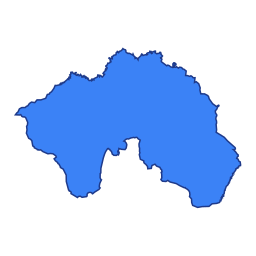 Suhum Municipal, Eastern, Ghana
{"feature_id": "2480657B2570339807900", "entity_name": "Suhum Municipal", "entity_type": "district", "adm_level": 2, "iso_a3": "GHA", "parent_name": "Ghana", "parent_adm1": "Eastern", "projection": "natural_earth1", "projection_center": [-0.399, 6.043], "detail": "fine", "context": "isolated", "style": "filled", "palette": "blue", "viewbox_px": 256, "rotation_deg": 0, "n_neighbors": 0, "source": "geoboundaries", "source_scale": "gbopen_adm2", "svg_char_len": 5722}
<svg xmlns="http://www.w3.org/2000/svg" viewBox="0 0 256 256"><path d="M159.9,52.3L159.1,53.4L157.3,53.5L156.9,53.8L155.1,52.7L155.5,51.2L155.2,51.0L152.1,52.1L151.5,52.9L152.0,53.4L151.6,53.6L151.2,53.2L151.1,51.5L149.8,51.3L149.8,52.5L147.9,52.8L146.7,53.5L146.9,54.4L147.3,54.6L146.9,54.9L145.4,54.7L143.0,55.5L142.5,54.4L141.7,54.1L141.6,54.9L141.2,54.9L141.1,55.5L138.1,58.4L138.0,59.7L136.7,57.9L135.9,58.1L135.7,57.7L135.1,58.3L134.7,56.6L133.9,56.1L133.0,54.0L132.6,55.0L129.8,53.5L128.9,53.2L128.1,53.5L126.2,52.4L125.8,51.3L125.8,50.3L125.4,49.8L123.5,49.2L122.9,48.6L121.9,50.0L120.7,51.0L119.7,51.2L118.6,52.6L117.7,51.4L117.4,51.4L117.3,52.2L116.9,52.1L116.2,52.7L116.0,54.7L113.7,55.3L113.4,55.9L111.9,56.6L111.8,57.1L112.3,57.6L112.3,58.8L111.2,58.5L110.4,58.9L110.0,58.1L109.2,57.8L108.9,58.2L110.3,59.6L110.5,60.4L110.1,61.0L110.4,61.6L110.8,61.1L111.0,61.8L109.6,62.8L108.6,63.3L107.9,63.1L107.1,65.0L106.0,65.7L105.8,66.2L106.1,66.9L107.0,67.4L106.9,68.8L106.4,69.2L105.6,68.9L105.4,69.6L105.8,70.6L104.8,71.1L103.0,73.4L103.5,74.0L104.5,74.3L102.5,77.0L102.0,76.9L100.8,75.6L100.0,75.5L99.5,76.7L99.2,76.2L99.6,75.3L97.8,75.0L97.4,77.0L94.0,78.6L93.9,79.9L92.6,79.1L91.8,79.1L91.6,80.1L92.1,80.4L91.6,80.9L90.3,80.2L89.2,80.6L87.7,79.1L88.2,78.7L87.9,78.1L87.3,78.0L85.9,76.8L85.8,77.5L86.4,78.0L85.7,78.3L84.0,75.6L83.2,76.2L83.4,76.9L82.0,77.1L82.0,76.1L81.6,76.1L80.7,74.6L80.4,75.3L79.3,75.7L79.3,75.1L78.3,74.5L77.8,75.0L77.6,74.5L76.6,75.3L75.6,74.6L76.1,72.6L75.6,72.6L75.0,73.6L74.8,73.3L74.4,73.9L73.3,73.5L72.7,72.5L71.8,72.7L71.9,72.2L71.1,72.3L71.2,72.7L70.8,72.7L70.8,74.1L69.8,74.9L70.2,75.5L70.1,76.0L70.6,76.2L70.2,77.2L70.8,77.3L70.4,77.4L70.4,77.9L70.0,77.8L69.8,77.1L69.6,77.5L69.0,77.2L68.6,78.1L69.2,78.1L69.0,78.6L68.5,78.7L68.9,79.0L68.8,79.5L67.9,79.0L64.4,82.0L64.4,82.4L63.7,82.3L63.3,82.9L62.6,83.1L62.2,82.7L61.7,83.4L60.6,83.2L60.1,83.9L60.4,84.3L59.9,84.6L60.2,84.7L56.5,85.5L55.2,85.4L53.9,88.4L51.5,91.8L49.9,92.8L49.4,94.0L47.3,94.5L45.7,98.3L40.9,99.9L37.0,99.9L34.8,102.6L31.5,102.1L29.4,103.5L27.8,105.8L26.3,106.4L25.3,107.5L21.7,107.6L19.4,108.9L17.9,112.1L16.9,112.8L15.4,114.8L19.7,115.0L20.7,114.6L21.9,116.4L23.0,116.9L24.6,116.9L25.7,117.7L27.7,122.4L27.4,125.1L26.6,126.3L27.0,129.8L26.4,133.2L28.7,138.3L30.4,139.2L31.8,140.6L32.7,145.6L33.0,146.2L34.0,146.6L34.3,147.8L37.1,149.2L37.4,149.8L38.5,149.7L38.9,150.1L40.6,149.8L42.9,151.6L47.9,153.8L50.3,153.5L53.0,153.8L55.8,155.8L56.3,157.1L54.1,158.8L55.4,160.8L57.7,162.6L57.9,163.5L59.3,164.4L59.6,165.6L60.4,166.5L60.4,167.5L63.2,169.1L66.2,175.1L66.3,181.5L68.6,190.1L69.3,190.5L69.3,191.0L70.6,191.5L71.2,192.5L71.0,193.6L77.5,197.5L78.4,196.5L79.4,196.3L80.5,196.3L82.0,197.3L86.6,196.6L87.1,195.9L87.1,194.2L87.8,193.1L89.1,192.4L90.5,192.4L91.6,192.7L92.4,193.8L92.9,193.6L94.5,192.2L99.0,189.4L100.1,187.9L99.3,187.1L99.4,185.4L99.8,183.4L101.4,179.9L101.0,179.8L100.1,177.7L100.2,173.5L100.8,173.0L100.9,168.3L103.3,158.0L104.6,154.0L105.6,151.7L107.6,148.6L108.6,148.5L108.9,149.2L109.9,149.5L110.2,150.5L111.4,151.3L112.4,154.3L113.4,154.8L113.8,155.3L116.5,155.4L117.8,154.3L118.5,154.8L119.2,152.9L119.1,152.4L118.8,151.8L118.0,152.2L117.7,151.3L118.9,149.6L118.9,148.5L121.4,149.3L125.0,149.6L126.2,148.0L126.8,144.8L126.3,143.2L125.0,141.5L123.9,141.1L125.8,139.4L127.2,138.8L128.6,139.0L130.7,138.0L133.8,137.4L134.8,137.8L136.1,137.3L137.1,137.5L138.1,138.8L140.2,140.1L139.0,143.9L139.1,146.4L139.6,148.3L139.5,151.5L139.9,152.7L139.3,154.6L140.4,159.3L143.8,160.9L143.8,162.1L144.3,163.2L145.7,164.2L147.5,166.4L147.8,168.8L151.3,168.4L151.9,165.5L155.0,164.2L156.6,166.1L160.0,167.4L160.6,169.0L161.5,169.5L162.0,171.9L161.2,172.4L161.7,174.0L161.8,177.9L160.9,179.6L162.4,181.2L165.9,181.5L167.8,180.4L170.1,182.0L176.3,183.6L179.5,185.5L184.4,187.8L185.2,187.6L185.8,188.4L187.4,189.3L188.8,190.7L189.6,192.2L189.9,194.8L189.5,196.6L191.5,198.9L191.7,202.6L192.7,205.4L197.6,207.4L202.2,206.6L209.0,206.4L212.1,203.8L216.6,203.4L219.4,202.5L219.9,201.8L220.2,200.4L220.9,200.7L221.2,199.6L221.5,199.3L221.2,198.2L221.6,198.3L221.7,197.8L222.3,197.8L221.9,196.5L223.1,196.4L222.9,195.3L223.6,195.5L223.3,194.6L224.1,193.8L224.6,190.4L225.2,190.1L225.1,189.5L226.3,186.3L227.7,185.1L228.4,183.9L228.5,183.2L228.9,183.2L228.9,182.4L229.6,181.9L229.5,181.2L230.1,180.4L229.9,180.0L230.9,178.8L230.4,178.3L230.5,177.8L231.5,178.1L231.5,177.3L231.9,176.6L231.6,176.5L232.9,175.4L232.6,173.5L233.6,173.6L233.4,173.2L235.6,170.3L235.7,169.0L236.4,168.9L236.8,168.2L237.8,168.1L237.7,167.5L238.7,167.0L238.6,166.5L239.2,165.8L240.5,165.6L240.6,164.8L240.2,161.9L238.9,161.2L238.0,159.1L236.7,158.4L237.4,156.8L238.2,156.2L238.1,154.8L237.1,154.0L235.3,151.4L234.7,151.1L234.4,150.4L233.4,149.6L234.6,149.6L235.1,149.2L235.4,148.9L235.1,147.6L227.4,140.8L224.3,137.3L216.2,132.3L216.6,129.8L216.1,124.2L216.6,123.1L216.5,121.0L215.8,119.0L216.1,116.9L216.8,115.8L216.6,114.5L215.6,113.2L215.3,110.9L216.7,109.3L217.8,106.6L218.7,106.2L218.9,105.4L218.4,105.2L216.7,106.4L216.2,106.3L212.6,103.7L209.2,98.9L208.5,96.5L207.7,95.5L204.6,93.9L200.8,93.8L199.9,89.9L200.2,87.9L198.7,83.7L196.2,81.7L194.5,82.5L195.0,77.7L193.2,77.8L192.3,76.7L190.9,75.8L189.8,76.4L187.5,75.6L185.6,75.5L186.2,71.0L183.9,69.2L182.6,68.9L181.8,67.7L181.1,67.4L179.6,67.2L178.4,68.1L176.4,66.7L175.6,67.3L174.3,66.6L174.1,66.0L174.4,65.5L175.8,65.0L176.0,64.4L175.7,63.6L174.4,62.8L173.8,62.8L173.6,63.2L174.3,63.2L174.2,63.8L173.2,63.5L172.9,63.9L173.0,66.3L173.7,67.3L172.8,67.5L170.5,66.8L169.3,65.7L167.8,65.1L166.8,65.8L161.5,61.8L161.2,61.1L161.9,59.4L161.6,58.6L160.7,58.2L160.6,57.6L161.6,57.3L162.5,56.0L160.9,54.2L161.0,53.3L160.6,52.4L159.9,52.3Z" fill="#3b82f6" stroke="#1e3a8a" stroke-width="1.5"/></svg>